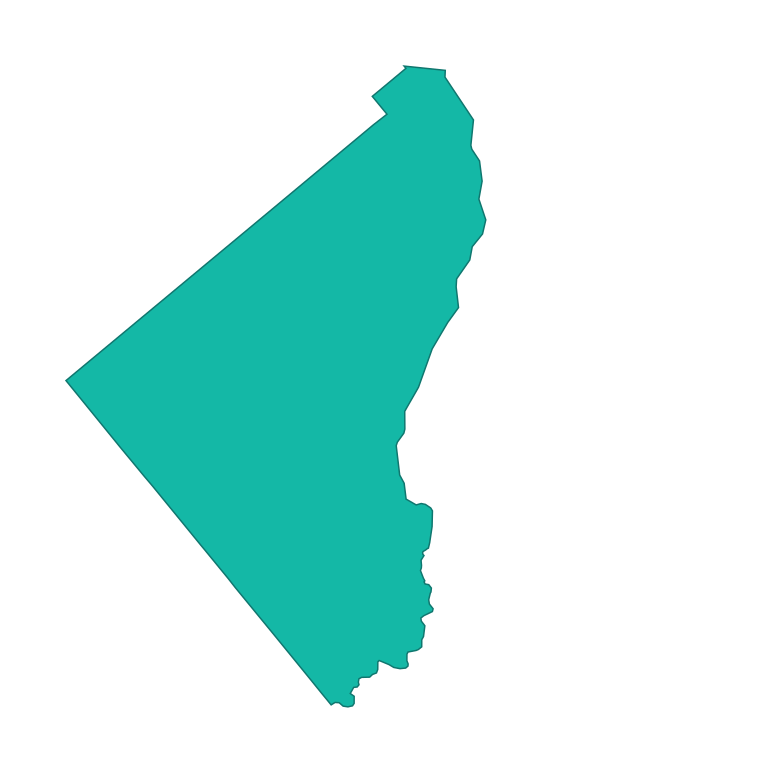 El Paso, Texas, United States of America (Albers equal-area conic projection), rotated 231°
{"feature_id": "52423323B54521825371801", "entity_name": "El Paso", "entity_type": "district", "adm_level": 2, "iso_a3": "USA", "parent_name": "United States of America", "parent_adm1": "Texas", "projection": "albers", "projection_center": [-106.454, 31.695], "detail": "fine", "context": "isolated", "style": "filled", "palette": "teal", "viewbox_px": 768, "rotation_deg": 231, "n_neighbors": 0, "source": "geoboundaries", "source_scale": "gbopen_adm2", "svg_char_len": 1755}
<svg xmlns="http://www.w3.org/2000/svg" viewBox="0 0 768 768"><g transform="rotate(231 384 384)"><path d="M330.9,140.5L319.3,140.3L260.7,140.7L204.5,140.9L192.1,140.9L182.5,140.9L167.9,141.0L167.3,145.6L164.5,148.6L159.4,149.5L155.8,152.8L153.7,157.0L154.6,159.8L160.1,164.3L164.7,163.0L167.3,169.5L165.4,172.5L166.0,175.3L168.4,176.4L170.7,179.0L170.1,182.0L165.2,188.4L165.5,192.3L164.2,196.3L166.1,199.5L171.9,204.3L172.2,206.2L162.8,211.3L157.6,213.2L152.7,217.3L149.6,222.1L149.7,225.1L151.3,226.6L154.5,227.6L159.6,231.8L160.6,234.0L156.7,241.3L156.0,243.7L156.0,247.9L161.5,252.4L162.9,255.8L165.5,258.5L170.4,263.6L176.3,263.8L176.7,264.1L178.9,265.3L178.9,269.1L176.7,278.4L178.4,280.7L184.4,280.8L187.6,282.6L188.3,283.1L192.3,288.3L192.8,289.6L195.6,292.4L199.9,292.5L202.7,290.1L205.0,290.6L205.3,291.8L208.3,292.4L216.0,294.9L216.4,295.4L217.2,296.7L217.6,297.3L219.4,299.0L223.6,301.8L224.0,302.7L224.1,303.0L224.4,303.8L225.5,307.1L225.9,307.1L227.2,307.0L229.0,308.2L229.1,308.8L229.2,309.4L228.9,311.1L228.8,312.6L228.8,314.1L228.5,315.2L231.9,319.6L242.9,331.6L254.9,341.8L258.2,342.3L264.4,340.4L267.7,337.7L269.8,332.9L280.7,328.7L280.9,328.9L294.2,337.2L303.4,338.9L328.4,354.7L330.4,357.8L333.3,368.5L335.8,371.8L349.7,382.9L351.5,387.4L357.6,403.2L359.8,408.8L381.0,443.6L391.7,472.2L396.5,490.0L414.1,501.2L420.0,506.6L426.4,528.7L435.2,539.0L438.6,555.0L447.5,566.4L468.0,574.1L479.9,587.9L497.2,598.6L511.2,600.0L514.8,601.7L532.9,619.7L584.1,624.5L589.2,629.0L618.4,599.7L615.5,599.7L614.9,555.9L591.8,556.1L592.1,538.8L590.1,395.8L586.8,139.0L551.4,139.1L500.7,139.2L462.7,139.6L450.0,139.9L446.5,139.9L374.0,140.2L367.1,140.3L365.3,140.3L331.1,140.5L330.9,140.5Z" fill="#14b8a6" stroke="#0f766e" stroke-width="1.5"/></g></svg>